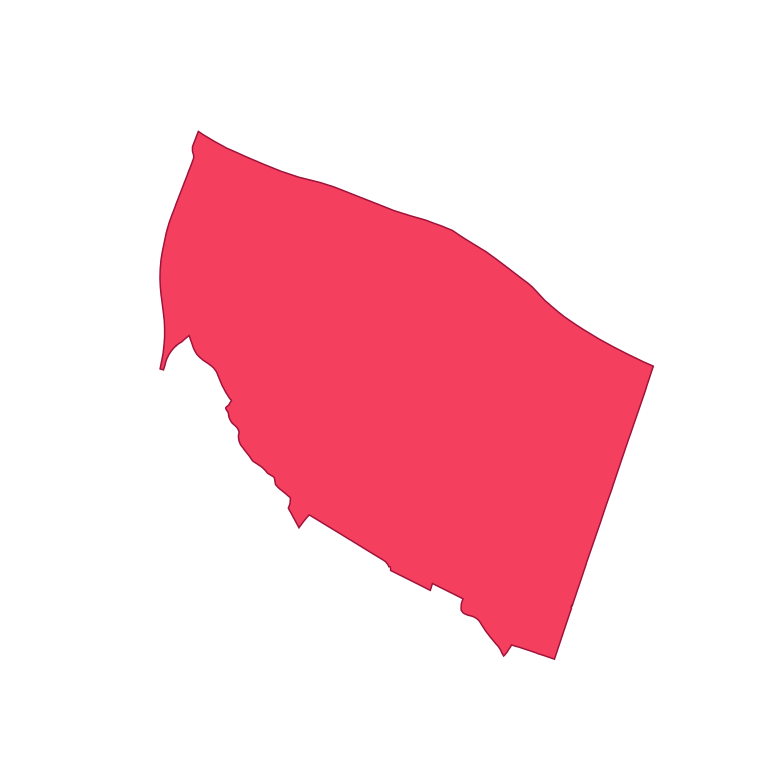 Geertruidenberg, Noord-Brabant, Netherlands, rotated 34°
{"feature_id": "6326949B69937984570912", "entity_name": "Geertruidenberg", "entity_type": "district", "adm_level": 2, "iso_a3": "NLD", "parent_name": "Netherlands", "parent_adm1": "Noord-Brabant", "projection": "natural_earth1", "projection_center": [4.874, 51.696], "detail": "fine", "context": "isolated", "style": "filled", "palette": "rose", "viewbox_px": 768, "rotation_deg": 34, "n_neighbors": 0, "source": "geoboundaries", "source_scale": "gbopen_adm2", "svg_char_len": 6095}
<svg xmlns="http://www.w3.org/2000/svg" viewBox="0 0 768 768"><g transform="rotate(34 384 384)"><path d="M679.2,516.8L678.9,515.8L678.8,515.5L677.8,511.9L677.0,508.8L676.5,507.3L673.7,497.1L670.8,486.8L669.7,482.8L667.1,473.4L664.8,464.9L664.0,464.8L663.6,463.1L663.4,462.5L664.0,462.6L661.9,454.9L660.6,450.1L660.4,449.5L659.0,444.5L658.2,441.4L657.0,437.1L655.4,431.3L654.1,426.8L653.7,425.2L652.6,421.1L652.1,419.8L651.8,418.8L640.1,374.9L639.9,374.5L637.4,365.4L636.0,360.4L634.6,355.1L633.0,348.9L631.5,343.1L630.1,338.5L629.9,337.6L627.7,329.7L618.1,294.7L616.6,288.9L616.1,286.9L615.0,282.8L614.1,279.6L613.2,276.2L604.4,243.3L603.1,239.2L600.1,228.5L600.0,228.2L597.3,218.6L586.3,220.6L575.6,222.1L568.9,223.1L561.9,223.9L554.2,224.9L536.6,226.5L522.1,227.2L519.8,227.3L516.4,227.4L511.2,227.5L508.7,227.5L501.8,227.5L495.6,227.4L494.6,227.3L487.8,226.8L479.7,225.9L470.7,224.8L453.1,220.7L451.5,220.5L446.6,219.9L445.4,219.9L443.5,219.8L441.6,219.7L439.2,219.6L430.2,219.0L412.6,218.0L409.0,217.8L395.4,217.3L394.9,217.3L380.8,217.9L379.0,218.0L377.7,218.0L372.1,218.3L366.6,218.4L364.4,218.5L355.2,218.4L351.2,219.2L349.7,219.5L344.3,220.6L343.0,220.9L335.2,222.9L328.7,224.4L327.1,224.8L325.6,225.3L311.7,229.8L296.2,234.4L294.8,234.8L290.5,235.7L232.7,248.5L218.9,252.5L197.7,260.2L179.8,265.2L160.5,269.3L156.8,270.0L153.4,270.6L150.3,271.3L146.3,272.0L141.2,273.0L136.2,273.8L129.9,274.9L125.0,275.8L122.1,276.4L121.2,276.5L117.5,276.8L109.9,277.5L107.8,277.7L105.8,277.8L102.3,278.0L95.1,278.4L94.5,278.4L93.5,278.4L88.8,278.4L92.5,294.3L94.6,297.5L94.8,297.8L95.7,298.7L96.9,299.7L98.1,300.7L98.5,301.1L98.7,301.4L99.1,301.9L99.4,302.5L99.8,303.1L100.0,303.7L100.2,304.4L100.4,305.5L100.9,307.3L101.7,310.6L102.5,314.0L102.9,316.2L103.8,319.8L104.3,321.8L104.8,324.0L105.3,326.3L105.7,328.2L106.3,330.7L106.8,332.8L107.3,334.8L107.7,336.8L108.2,338.8L108.6,340.9L109.1,342.9L109.9,346.4L110.5,349.1L111.1,351.7L111.8,354.2L112.4,356.8L113.0,359.5L113.5,361.8L114.9,367.4L115.6,370.1L116.5,373.0L117.5,376.2L118.3,378.6L119.3,381.4L121.5,386.7L122.0,388.0L122.4,388.8L122.6,389.4L123.1,390.7L123.5,391.5L124.0,392.8L124.6,394.2L125.2,395.8L127.1,400.2L128.0,402.1L128.6,403.5L129.4,405.1L130.2,406.7L132.3,410.4L133.7,413.0L135.1,415.3L137.9,419.7L139.4,422.0L141.1,424.3L142.5,426.2L143.7,427.8L144.3,428.6L146.8,431.7L148.8,434.1L149.5,435.0L150.3,435.9L151.3,436.9L156.8,443.2L160.9,447.9L163.8,451.3L166.2,454.1L168.4,457.0L171.5,461.3L175.1,466.6L176.2,468.4L177.6,470.8L179.2,473.6L181.6,478.1L183.9,482.5L185.9,487.2L189.9,496.7L193.3,495.6L193.1,495.0L192.3,492.3L192.2,491.7L190.7,487.7L189.8,484.3L189.8,483.7L189.2,479.9L189.2,479.1L189.2,478.1L189.2,476.8L189.2,475.7L189.3,474.6L189.4,473.8L189.5,472.9L189.6,471.8L190.0,469.8L190.2,469.3L190.7,467.2L190.5,467.3L190.9,466.4L191.4,465.1L192.9,461.7L193.3,459.6L193.8,457.9L194.1,456.7L195.4,452.8L198.4,455.1L202.3,458.0L206.5,461.2L207.5,461.7L209.6,462.8L210.6,463.3L211.7,463.8L212.8,464.2L213.1,464.2L214.7,464.6L216.7,465.0L217.1,465.0L220.5,465.4L220.9,465.4L223.2,465.4L225.2,465.4L226.2,465.4L227.5,465.4L231.3,465.6L232.1,465.7L233.0,465.9L233.5,465.9L234.5,466.2L235.1,466.5L236.2,466.8L236.7,467.0L237.1,467.1L238.3,467.7L238.9,468.0L239.1,468.2L239.6,468.4L240.1,468.7L241.9,470.0L242.9,470.6L244.6,471.8L250.2,475.5L257.5,479.4L263.7,482.1L265.0,482.5L266.7,482.8L267.0,488.1L266.7,489.7L266.3,490.5L266.1,491.5L266.1,492.1L266.4,492.7L267.8,493.6L269.2,494.1L270.0,494.4L270.8,494.9L271.3,495.2L272.0,496.0L272.5,496.7L273.0,497.2L274.3,498.4L275.0,498.8L275.8,499.4L276.7,499.9L277.8,500.4L279.2,501.1L281.1,501.5L283.0,501.7L284.2,501.9L285.4,502.1L286.8,502.5L287.6,502.8L288.5,503.3L289.6,504.0L290.3,504.5L290.9,505.2L291.4,506.1L291.5,506.6L291.8,507.4L292.1,508.1L292.6,508.7L292.9,509.3L293.4,509.8L294.0,510.6L294.5,511.0L295.2,511.9L296.0,512.5L296.5,512.9L297.8,513.8L299.2,514.6L300.4,515.1L302.1,515.6L303.6,516.1L304.5,516.5L305.8,516.9L308.0,517.6L311.1,518.6L313.0,519.2L313.9,519.6L314.6,519.9L315.6,520.3L316.4,520.6L317.5,521.0L318.3,521.2L319.2,521.3L320.2,521.3L323.2,521.2L324.6,521.2L326.1,521.2L327.4,521.2L328.5,521.2L330.0,521.3L331.0,521.5L331.7,521.6L333.2,521.9L334.5,522.2L336.3,522.8L337.3,523.0L338.0,523.1L338.5,523.1L339.1,523.0L340.1,523.0L341.1,522.9L342.4,522.8L343.7,522.7L344.4,522.8L345.0,522.9L345.5,523.2L345.9,523.5L347.0,524.5L347.2,524.8L349.1,526.8L349.9,527.7L350.4,528.0L350.9,528.2L351.9,528.4L352.6,528.6L353.8,528.9L354.9,529.1L355.9,529.3L357.3,529.4L358.2,529.4L358.9,529.5L359.9,529.6L361.1,529.7L362.1,529.8L363.8,529.9L365.0,530.1L365.9,530.2L367.4,530.4L368.7,530.5L369.2,530.5L369.9,530.7L370.3,531.2L370.9,532.0L371.4,533.0L372.4,534.7L372.9,535.8L373.3,537.0L373.6,538.3L374.1,540.4L374.5,540.7L380.0,543.4L383.4,545.3L385.1,546.1L389.1,548.2L389.5,548.4L393.9,550.7L393.9,549.8L394.1,545.8L394.2,543.3L394.8,537.2L395.2,534.4L395.3,534.3L395.8,534.3L405.9,533.8L413.1,533.5L439.2,532.3L464.9,531.2L471.6,530.9L473.9,530.8L482.0,530.4L483.4,530.4L485.0,530.5L486.1,530.9L487.2,531.2L488.2,531.6L489.0,532.0L489.9,532.5L490.2,532.8L491.2,532.0L491.8,532.5L492.6,533.3L493.2,534.0L493.5,534.5L493.8,534.9L528.9,530.3L536.8,529.4L537.8,529.2L537.5,528.1L535.7,522.3L565.6,518.4L566.4,518.3L569.6,517.9L569.9,519.2L570.2,520.3L570.5,521.3L571.2,523.3L571.6,524.0L572.9,526.2L574.0,527.8L574.7,528.5L576.5,529.1L577.1,529.3L577.7,529.5L579.0,529.5L580.9,529.1L582.2,528.9L583.4,528.6L584.4,528.1L584.8,528.0L585.5,527.7L586.3,527.5L587.6,527.1L588.7,526.9L589.7,526.8L590.8,526.7L592.2,526.6L592.6,526.7L593.6,526.8L594.8,527.1L596.0,527.4L600.2,529.3L601.7,529.9L603.5,530.7L605.1,531.4L606.9,532.1L608.9,532.8L610.9,533.4L612.5,534.0L616.3,535.1L618.2,535.7L619.9,536.2L621.9,536.8L624.6,537.4L625.4,537.7L626.1,537.9L627.5,538.5L628.6,539.0L629.8,539.6L630.6,540.0L631.3,540.6L631.7,540.9L635.3,542.6L635.7,541.0L636.0,536.8L635.8,534.4L635.9,532.8L635.9,531.0L635.6,529.0L636.7,528.7L640.9,527.5L641.6,527.1L652.2,524.1L661.0,521.7L662.2,521.6L663.7,521.1L668.8,519.6L679.2,516.8Z" fill="#f43f5e" stroke="#9f1239" stroke-width="1.5"/></g></svg>